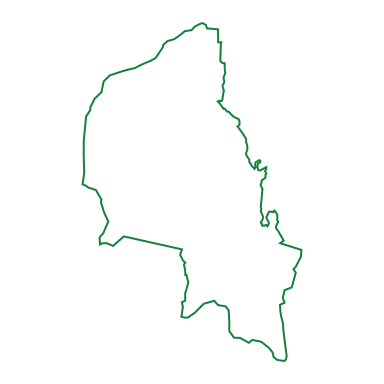 outline of Barkeol, Assaba, Mauritania
{"feature_id": "47542326B92526973547543", "entity_name": "Barkeol", "entity_type": "district", "adm_level": 2, "iso_a3": "MRT", "parent_name": "Mauritania", "parent_adm1": "Assaba", "projection": "robinson", "projection_center": [-12.286, 16.647], "detail": "fine", "context": "isolated", "style": "outline", "palette": "green", "viewbox_px": 384, "rotation_deg": 0, "n_neighbors": 0, "source": "geoboundaries", "source_scale": "gbopen_adm2", "svg_char_len": 2578}
<svg xmlns="http://www.w3.org/2000/svg" viewBox="0 0 384 384"><path d="M83.8,140.2L83.7,155.1L84.2,172.9L82.6,184.3L86.3,185.9L87.9,187.4L96.0,190.1L98.8,195.1L101.4,199.5L101.0,202.5L103.6,210.9L104.9,214.3L108.3,221.4L103.3,233.2L100.4,236.3L99.5,237.9L100.1,244.5L102.4,243.3L106.8,243.2L113.1,245.9L123.8,236.4L132.4,238.3L182.0,249.4L180.1,254.7L183.0,260.6L185.3,262.8L184.0,264.5L185.2,270.9L185.4,275.0L186.5,274.9L188.3,282.7L185.2,293.4L185.2,300.6L181.9,302.3L182.9,306.7L182.2,311.4L181.4,316.7L184.6,317.6L187.8,317.6L194.7,312.8L203.9,303.7L214.3,300.8L218.0,305.1L225.5,306.3L228.7,310.4L229.3,321.6L229.3,331.0L234.0,337.7L240.0,337.9L248.9,342.8L252.4,339.9L261.3,341.8L269.1,348.0L272.9,352.9L273.5,356.9L277.2,359.9L284.1,361.0L285.8,359.7L286.7,356.5L283.4,330.6L283.0,323.4L281.2,316.6L280.4,312.0L280.0,304.8L284.5,302.7L282.8,297.8L284.6,290.2L291.7,287.4L294.6,277.1L295.8,272.6L293.5,269.1L295.8,266.7L300.9,256.8L301.4,249.9L280.2,243.2L283.7,240.6L278.1,230.9L276.1,228.3L276.2,225.8L277.3,223.5L278.2,221.9L277.1,220.0L277.4,218.5L277.2,214.8L275.5,211.7L274.3,210.5L274.2,210.5L273.2,212.2L270.0,211.5L268.8,212.1L266.8,216.4L266.4,218.0L268.2,221.2L268.9,223.2L268.4,224.7L267.5,226.2L266.2,224.9L264.9,225.6L262.2,225.7L262.2,224.3L261.4,223.7L260.9,222.5L261.0,222.0L262.2,220.3L262.6,219.4L263.1,216.8L260.9,211.6L261.3,208.4L260.7,207.1L261.7,197.8L262.1,192.4L262.5,189.0L260.5,185.0L261.5,182.7L261.7,180.2L262.8,179.7L265.4,177.8L265.5,174.6L266.3,173.6L265.1,171.1L266.3,168.7L266.3,167.2L263.2,168.8L260.1,170.5L258.3,170.1L257.4,167.1L257.9,163.7L258.0,163.7L259.9,162.6L260.5,161.2L259.3,160.1L256.8,161.6L255.8,162.1L255.2,163.9L255.4,167.3L254.5,168.8L251.6,165.7L250.4,163.2L249.4,162.5L249.2,159.4L247.1,156.6L245.9,153.7L247.4,149.5L247.2,145.4L246.1,141.9L246.1,138.9L242.0,132.4L237.5,126.5L239.4,125.0L239.6,121.7L238.7,119.2L233.8,116.9L230.3,113.5L228.7,111.6L227.0,111.6L224.8,108.7L223.7,108.9L219.2,102.8L217.8,101.6L219.0,100.7L221.1,101.1L222.2,100.3L223.2,94.6L223.4,91.6L223.6,92.6L223.9,90.6L222.7,87.0L222.6,85.1L224.2,82.5L224.2,80.5L223.4,78.1L225.3,72.6L224.7,69.1L224.7,66.1L224.6,63.2L222.3,63.0L220.3,60.9L220.8,45.1L221.3,42.3L218.2,42.3L217.9,29.3L207.0,28.4L205.9,24.9L202.2,23.0L199.1,24.3L194.4,26.9L191.5,30.2L184.9,31.1L179.9,35.2L174.3,39.1L167.5,41.1L163.3,44.9L162.7,47.5L155.5,58.2L150.1,61.0L142.2,64.3L134.8,68.1L128.2,69.6L123.2,71.0L120.3,71.9L109.9,75.3L103.7,81.4L101.4,92.3L94.8,98.5L90.4,107.0L90.3,110.0L86.1,116.5L85.1,127.0L83.8,140.2Z" fill="none" stroke="#15803d" stroke-width="2"/></svg>